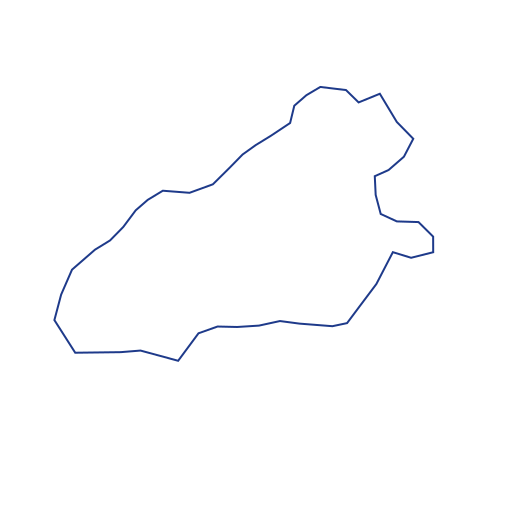 the district of Kouklia Ammochostou, Cyprus, rotated 49°
{"feature_id": "46923920B61611069046028", "entity_name": "Kouklia Ammochostou", "entity_type": "district", "adm_level": 2, "iso_a3": "CYP", "parent_name": "Cyprus", "parent_adm1": "", "projection": "robinson", "projection_center": [33.759, 35.113], "detail": "fine", "context": "isolated", "style": "outline", "palette": "blue", "viewbox_px": 512, "rotation_deg": 49, "n_neighbors": 0, "source": "geoboundaries", "source_scale": "gbopen_adm2", "svg_char_len": 756}
<svg xmlns="http://www.w3.org/2000/svg" viewBox="0 0 512 512"><g transform="rotate(49 256 256)"><path d="M214.8,56.1L207.4,77.8L189.8,79.2L170.6,96.6L167.7,112.5L167.7,128.5L178.0,143.0L175.0,166.1L172.1,183.5L170.6,199.5L172.1,218.3L173.6,241.5L164.7,264.7L145.6,283.5L142.6,300.9L142.6,316.8L147.0,337.1L148.5,355.9L145.6,373.3L145.6,403.8L157.3,428.4L172.1,450.2L210.4,455.9L239.8,421.2L251.6,405.2L284.0,383.5L276.6,350.1L284.0,331.3L297.2,316.8L310.5,299.4L320.8,280.6L335.5,267.6L359.1,244.4L366.4,231.3L362.0,211.0L356.1,183.5L342.9,150.2L359.1,140.1L369.4,119.8L357.6,109.6L337.0,111.1L322.3,127.0L306.1,134.3L288.4,125.6L273.7,114.0L278.1,99.5L278.1,79.2L270.7,60.4L247.2,61.8L214.8,56.1Z" fill="none" stroke="#1e3a8a" stroke-width="2"/></g></svg>